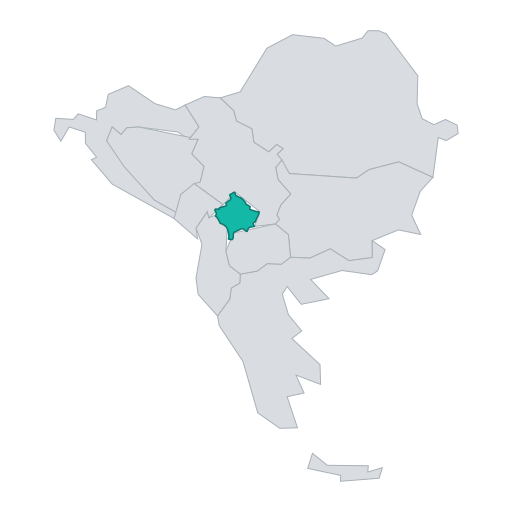 Kosovo highlighted among its neighbors
{"feature_id": "XKX", "entity_name": "Kosovo", "entity_type": "country or territory", "adm_level": 0, "iso_a3": "XKX", "parent_name": "Europe", "parent_adm1": "", "projection": "equal_earth", "projection_center": [20.84, 42.557], "detail": "fine", "context": "with_neighbors", "style": "filled", "palette": "teal", "viewbox_px": 512, "rotation_deg": 0, "n_neighbors": 9, "source": "natural_earth", "source_scale": "50m", "svg_char_len": 4143}
<svg xmlns="http://www.w3.org/2000/svg" viewBox="0 0 512 512"><path d="M422.2,118.7L433.8,124.7L445.4,119.5L457.1,125.1L458.1,133.5L446.2,140.6L438.3,137.5L432.9,177.4L398.7,161.9L369.0,169.6L356.5,178.1L289.4,173.6L277.2,154.2L283.0,148.6L276.7,144.5L268.8,151.9L253.9,142.3L251.9,128.8L236.5,121.1L233.7,110.7L220.1,97.9L240.2,91.8L266.9,48.2L292.6,34.7L323.9,38.3L335.6,46.1L362.1,38.1L368.1,30.7L378.5,30.7L386.2,33.8L417.8,75.8L417.1,103.8L422.2,118.7Z" fill="#d9dde1" stroke="#a8b0b8" stroke-width="1"/><path d="M281.9,159.9L289.4,173.6L356.5,178.1L369.0,169.6L398.7,161.9L432.9,177.4L420.2,191.3L411.7,215.2L420.7,234.5L398.3,229.9L372.2,240.6L372.4,257.5L348.9,260.7L330.3,248.8L309.7,258.2L290.5,257.2L288.4,234.7L275.4,223.9L279.6,219.2L276.8,215.1L281.0,204.5L290.7,194.0L278.1,179.6L275.7,167.5L281.9,159.9Z" fill="#d9dde1" stroke="#a8b0b8" stroke-width="1"/><path d="M382.3,467.7L379.2,478.2L340.4,481.3L340.6,475.4L307.7,468.4L312.5,453.3L327.3,465.3L368.3,465.8L367.8,472.0L382.3,467.7ZM290.5,257.2L309.7,258.2L330.3,248.8L348.9,260.7L372.4,257.5L372.2,240.6L385.1,249.6L377.6,270.9L371.6,274.7L342.0,270.5L310.6,279.4L329.0,298.7L301.2,304.3L287.2,286.6L282.3,294.1L288.4,314.7L301.7,330.9L291.9,338.5L320.0,364.6L320.6,384.4L296.0,375.1L304.0,393.0L287.1,396.7L297.5,427.8L279.8,428.3L257.8,412.9L243.0,361.5L219.3,325.7L217.5,315.9L229.7,299.2L231.3,288.0L239.8,283.0L240.3,274.1L257.4,271.0L267.2,263.6L281.3,264.2L290.5,257.2Z" fill="#d9dde1" stroke="#a8b0b8" stroke-width="1"/><path d="M240.3,274.1L239.8,283.0L231.3,288.0L229.7,299.2L217.5,315.9L198.1,294.3L196.0,278.0L202.0,244.2L196.0,228.1L207.3,211.5L208.9,217.8L215.8,214.9L227.4,227.4L225.9,251.2L229.5,265.7L240.3,274.1Z" fill="#d9dde1" stroke="#a8b0b8" stroke-width="1"/><path d="M128.5,85.7L154.9,103.6L175.6,109.9L185.1,105.0L199.0,126.9L189.1,139.3L177.8,132.0L138.6,127.0L126.8,127.8L121.1,134.6L112.2,127.0L106.6,140.7L154.4,200.1L176.9,212.8L174.0,218.5L112.2,184.1L91.4,159.7L96.6,157.2L85.4,143.3L85.3,132.2L69.2,127.0L60.9,141.2L53.9,130.2L55.8,118.3L73.4,119.4L78.2,113.9L96.5,119.9L96.7,110.8L105.5,107.4L108.3,94.3L128.5,85.7Z" fill="#d9dde1" stroke="#a8b0b8" stroke-width="1"/><path d="M176.9,212.8L154.4,200.1L123.9,166.4L106.6,140.7L112.2,127.0L121.1,134.6L126.8,127.8L138.6,127.0L198.3,139.2L191.8,153.7L204.0,166.4L200.2,182.1L180.9,194.4L176.9,212.8Z" fill="#d9dde1" stroke="#a8b0b8" stroke-width="1"/><path d="M275.4,223.9L288.4,234.7L290.5,257.2L281.3,264.2L267.2,263.6L257.4,271.0L240.3,274.1L229.5,265.7L225.9,251.2L233.6,233.0L275.4,223.9Z" fill="#d9dde1" stroke="#a8b0b8" stroke-width="1"/><path d="M185.1,105.0L204.4,96.5L220.1,97.9L233.7,110.7L236.5,121.1L251.9,128.8L253.9,142.3L268.8,151.9L276.7,144.5L283.0,148.6L277.2,154.2L281.9,159.9L275.7,167.5L278.1,179.6L290.7,194.0L281.0,204.5L276.8,215.1L279.6,219.2L275.4,223.9L254.6,226.4L259.7,211.7L235.0,192.0L220.7,207.3L222.8,204.5L194.1,183.6L200.2,182.1L204.0,166.4L191.8,153.7L198.3,139.2L189.1,139.3L199.0,126.9L185.1,105.0Z" fill="#d9dde1" stroke="#a8b0b8" stroke-width="1"/><path d="M222.8,204.5L208.9,217.8L207.3,211.5L196.0,228.1L197.6,238.9L174.0,218.5L180.9,194.4L194.1,183.6L222.8,204.5Z" fill="#d9dde1" stroke="#a8b0b8" stroke-width="1"/><path d="M222.9,206.8L226.1,205.8L226.6,205.1L225.8,203.6L226.3,202.6L230.1,199.9L230.7,198.7L231.0,197.7L230.4,196.7L229.7,195.1L230.1,194.4L232.1,193.5L233.7,192.4L234.6,192.3L235.2,193.1L235.2,193.9L235.7,195.3L236.9,196.0L238.9,197.2L241.2,198.0L243.0,199.6L245.5,202.5L245.8,204.0L248.1,205.3L250.1,206.7L249.8,209.4L256.8,211.7L258.4,211.7L259.1,212.1L259.1,212.8L258.6,214.6L255.7,220.4L255.5,221.6L253.4,222.9L253.1,223.6L253.7,225.2L254.3,226.4L254.2,226.4L249.8,227.3L248.3,228.4L247.5,230.3L247.2,231.3L246.4,231.4L245.1,230.4L243.4,228.8L241.3,228.9L234.0,232.3L233.3,234.1L233.2,238.0L232.7,239.0L231.9,239.7L228.9,239.2L228.5,239.0L228.9,237.5L228.8,234.3L227.4,228.9L226.5,227.2L224.5,225.4L222.9,224.3L220.2,223.3L218.8,220.3L216.7,217.0L215.6,216.3L215.8,215.9L216.3,213.4L215.7,211.6L214.8,210.1L215.4,209.1L217.4,209.1L219.0,209.3L219.6,207.8L222.9,206.8Z" fill="#14b8a6" stroke="#0f766e" stroke-width="1.5"/></svg>